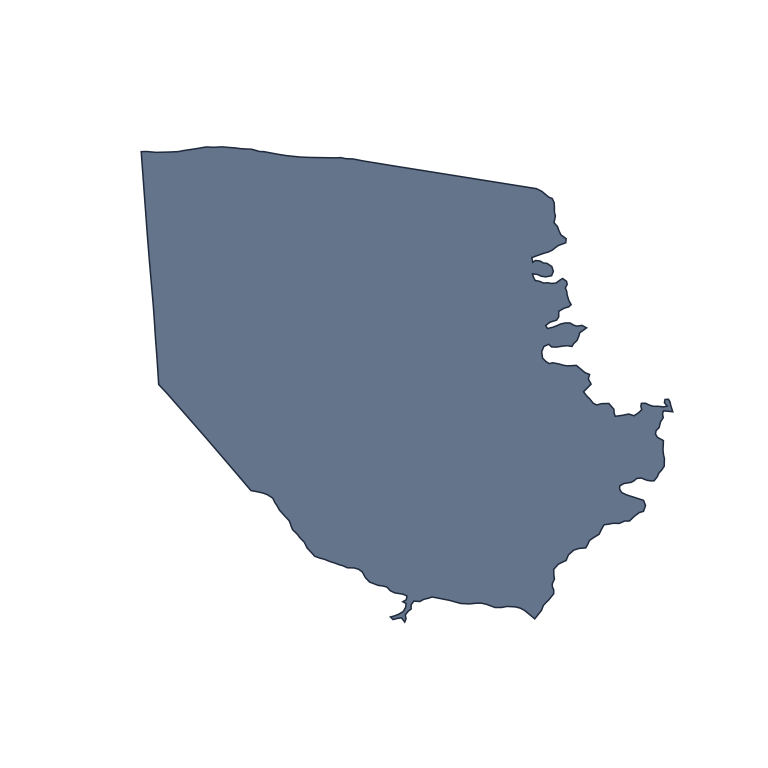 Pedro do Rosário, Maranhão, Brazil (Natural Earth projection), rotated 104°
{"feature_id": "56859067B22973737910848", "entity_name": "Pedro do Rosário", "entity_type": "district", "adm_level": 2, "iso_a3": "BRA", "parent_name": "Brazil", "parent_adm1": "Maranhão", "projection": "natural_earth1", "projection_center": [-45.413, -2.989], "detail": "fine", "context": "isolated", "style": "filled", "palette": "slate", "viewbox_px": 768, "rotation_deg": 104, "n_neighbors": 0, "source": "geoboundaries", "source_scale": "gbopen_adm2", "svg_char_len": 3783}
<svg xmlns="http://www.w3.org/2000/svg" viewBox="0 0 768 768"><g transform="rotate(104 384 384)"><path d="M172.6,458.3L173.1,468.4L174.6,475.6L174.8,480.8L176.2,485.3L181.9,509.9L184.0,519.8L186.0,533.8L186.8,543.2L187.6,556.8L188.5,560.9L188.2,569.0L189.8,577.1L190.4,580.6L190.9,585.4L191.7,590.0L193.1,598.6L195.6,606.8L197.0,613.9L201.1,623.2L206.0,635.0L208.3,639.9L211.2,649.6L214.4,661.3L215.9,670.9L217.3,675.8L297.6,649.4L320.8,641.6L365.9,626.1L378.9,621.9L394.9,616.8L415.4,610.0L439.0,602.5L445.8,592.0L479.6,543.4L499.4,515.5L519.6,487.3L519.2,480.8L519.1,474.7L519.6,470.5L521.6,464.4L525.5,461.1L527.9,458.4L531.7,454.9L536.7,447.5L539.5,443.1L542.1,441.1L545.2,439.2L547.6,437.3L550.7,431.9L553.5,428.5L556.7,423.2L559.0,421.2L561.7,419.0L565.7,412.8L567.9,409.6L568.5,403.9L568.5,399.4L569.3,394.1L569.7,387.9L570.2,383.7L570.3,379.8L571.2,375.1L569.7,368.6L569.9,363.9L571.6,359.6L576.4,355.2L579.7,350.0L580.8,340.9L580.3,336.7L580.3,332.2L583.1,327.8L584.1,323.0L583.6,317.8L583.4,314.3L584.2,310.4L588.0,310.2L590.7,313.1L591.7,309.4L595.5,309.0L600.1,310.3L603.9,314.1L606.4,317.6L608.5,321.4L610.4,318.2L608.2,314.3L606.7,310.4L610.0,306.3L606.4,305.8L602.9,307.5L598.4,305.4L595.8,303.2L591.7,304.3L587.4,302.5L586.4,296.6L583.3,293.3L581.4,289.6L579.0,285.7L578.1,268.2L578.4,256.4L576.7,247.9L574.2,240.9L573.1,236.5L573.0,231.1L574.0,222.2L572.4,215.8L570.1,210.9L568.5,202.7L568.5,197.8L569.7,192.8L575.4,180.9L568.8,177.9L565.5,176.4L560.3,175.8L556.8,173.9L553.6,171.9L546.5,168.6L542.9,169.4L540.0,171.6L537.2,172.4L532.0,171.4L528.8,172.8L522.8,174.5L516.6,171.2L513.4,167.4L511.2,164.6L505.2,163.7L499.3,159.7L496.4,155.0L494.2,148.6L490.3,147.5L486.2,146.8L482.7,143.8L477.7,138.9L472.8,137.9L467.4,136.5L465.7,132.2L463.7,128.0L462.4,122.0L458.7,117.3L457.6,112.7L451.8,109.1L447.0,105.2L444.8,101.4L438.7,100.8L434.1,104.0L432.9,121.8L431.8,127.1L429.1,129.9L425.8,130.6L422.5,127.1L420.9,123.3L419.6,120.3L417.3,117.9L414.5,115.9L413.0,111.6L413.8,105.7L413.5,101.8L412.6,98.5L407.7,96.3L404.1,95.8L400.4,93.8L396.0,92.2L391.6,93.2L388.6,93.8L385.2,95.6L380.3,97.4L374.5,98.5L371.3,99.2L369.6,105.8L366.8,108.5L363.3,108.7L359.8,106.5L353.8,106.5L349.1,104.9L345.5,106.5L342.6,106.4L341.9,103.0L341.1,97.1L335.6,100.5L332.3,102.1L330.0,104.3L331.0,107.6L334.3,107.4L336.9,103.8L338.6,107.2L339.2,112.0L340.5,117.6L340.2,121.6L339.4,125.7L340.5,129.6L343.5,129.4L346.6,127.7L350.5,130.2L354.3,133.7L353.9,139.3L356.5,144.6L359.4,151.8L356.4,153.7L352.9,154.8L348.5,161.1L350.4,168.1L352.9,172.6L352.0,176.4L348.5,181.0L346.9,183.9L343.3,188.5L334.0,183.0L329.6,187.0L325.0,186.8L324.4,191.6L319.4,201.9L321.2,207.6L322.1,210.7L322.4,214.4L322.2,219.0L322.6,225.6L324.3,228.6L322.8,232.7L320.5,236.4L314.5,238.8L309.0,238.0L305.6,233.8L307.5,230.3L306.4,225.3L304.2,220.3L302.5,215.4L302.1,210.7L299.1,209.8L294.9,207.2L290.3,206.5L287.0,206.5L280.5,201.0L279.2,206.1L281.2,210.7L281.0,214.2L279.8,218.3L280.9,222.9L283.0,227.1L285.7,230.5L287.9,233.6L290.6,238.7L288.2,241.3L283.9,237.9L280.3,232.0L276.6,230.7L271.2,232.0L266.9,227.6L264.5,223.4L261.7,221.6L258.2,224.9L253.3,227.8L249.9,229.1L246.9,231.3L243.1,230.3L240.2,231.7L238.4,236.2L240.6,238.4L244.5,241.6L245.9,245.8L246.2,250.0L247.5,253.5L246.7,258.0L247.0,262.3L244.2,264.8L241.1,266.5L240.6,261.3L241.4,257.5L240.9,252.9L238.4,247.6L233.7,246.9L229.4,249.6L227.5,255.1L228.0,258.6L226.9,262.4L227.5,266.9L229.9,269.1L225.6,271.1L222.9,267.2L218.5,260.6L216.4,256.8L213.4,253.1L210.1,250.6L207.5,248.4L203.0,241.8L198.9,242.4L196.5,248.4L193.0,251.3L189.3,253.7L186.3,258.1L182.5,258.2L179.3,258.4L176.1,260.2L171.6,261.3L166.8,262.8L163.3,265.7L162.9,269.1L161.4,272.3L158.9,277.4L157.6,283.2L170.2,429.2L172.6,458.3Z" fill="#64748b" stroke="#1e293b" stroke-width="1.5"/></g></svg>